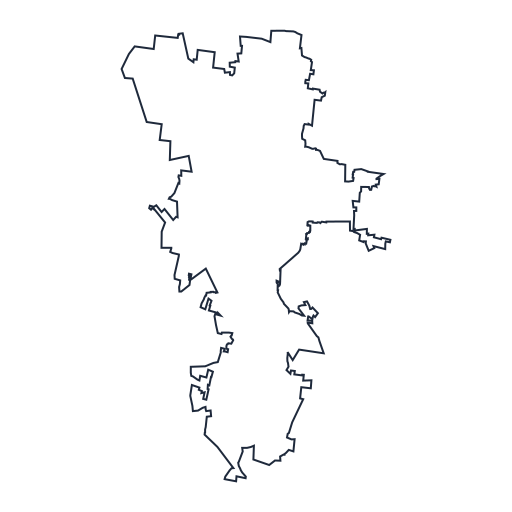 outline of Mérida, Yucatán, Mexico
{"feature_id": "50627088B46902848147083", "entity_name": "Mérida", "entity_type": "district", "adm_level": 2, "iso_a3": "MEX", "parent_name": "Mexico", "parent_adm1": "Yucatán", "projection": "natural_earth1", "projection_center": [-89.615, 20.944], "detail": "fine", "context": "isolated", "style": "outline", "palette": "slate", "viewbox_px": 512, "rotation_deg": 0, "n_neighbors": 0, "source": "geoboundaries", "source_scale": "gbopen_adm2", "svg_char_len": 6049}
<svg xmlns="http://www.w3.org/2000/svg" viewBox="0 0 512 512"><path d="M301.5,35.0L297.3,33.3L295.3,32.0L293.3,31.4L286.1,31.1L284.4,30.7L271.3,30.8L270.4,42.1L261.7,38.7L246.3,36.9L240.0,36.5L240.7,45.9L242.0,45.9L241.3,53.4L237.5,53.6L238.7,61.5L235.4,61.1L235.3,62.2L229.7,62.7L229.8,66.7L234.8,67.6L234.2,73.3L232.2,75.4L230.0,74.9L229.9,72.1L224.9,72.7L224.2,69.0L213.1,67.6L214.7,52.2L197.7,49.9L196.7,59.7L193.7,59.3L193.4,62.2L188.3,58.6L182.7,33.3L178.9,33.8L179.0,34.6L178.2,34.5L177.7,37.9L155.2,35.5L153.7,49.0L134.7,46.4L128.9,54.0L121.6,69.0L124.9,78.0L132.7,78.6L146.7,122.0L161.7,124.2L159.7,140.0L170.4,141.2L169.8,160.0L188.7,155.9L191.6,171.7L181.2,170.4L181.3,175.8L178.7,175.4L178.4,177.0L179.2,178.9L179.5,180.7L179.3,183.5L178.4,183.0L174.4,193.1L171.3,196.6L169.6,197.3L168.9,198.8L170.0,198.9L172.1,200.1L177.0,201.6L177.6,217.3L176.1,216.8L173.2,220.0L164.5,209.0L161.6,212.0L156.3,205.3L153.3,207.2L153.2,206.6L149.9,205.7L149.2,208.2L151.0,209.7L152.1,208.2L153.1,208.7L153.3,208.5L154.1,209.4L154.3,209.2L165.1,222.5L161.7,231.6L161.5,247.8L171.3,247.8L171.3,248.5L170.2,251.9L172.5,253.0L178.9,254.5L178.8,256.1L174.5,275.0L174.7,278.8L180.2,280.4L179.9,284.1L179.1,287.0L179.4,291.5L181.3,291.5L189.5,285.0L190.1,280.2L190.4,279.5L189.1,279.6L189.4,277.1L189.0,277.0L189.3,275.2L188.8,275.1L189.0,273.7L191.4,274.3L190.5,278.8L190.8,279.3L191.2,279.4L205.8,268.6L217.4,292.5L215.7,292.9L215.1,292.2L213.5,292.2L213.3,291.8L210.7,291.9L210.7,292.4L206.6,292.8L206.1,295.5L205.6,295.4L204.4,297.6L203.8,299.4L201.6,303.4L200.6,307.2L205.3,309.3L208.5,298.6L211.5,300.8L209.7,305.5L210.3,305.7L208.9,310.5L215.9,312.4L218.2,313.4L218.2,313.1L220.6,315.6L215.2,314.1L214.5,316.2L216.0,325.0L217.8,333.1L221.5,334.0L221.9,332.6L228.9,332.6L232.3,333.1L231.7,335.4L231.4,335.4L230.5,336.7L231.9,338.9L232.9,339.5L233.2,340.2L231.3,343.7L228.3,343.3L227.7,344.2L227.1,344.3L226.7,345.0L226.4,346.2L226.4,347.9L226.7,348.8L228.1,349.2L227.6,352.2L225.2,351.5L223.8,351.4L224.7,349.1L224.3,348.7L221.1,347.9L220.7,351.2L220.8,352.4L217.8,362.1L213.5,362.9L205.2,366.3L190.8,366.8L190.8,372.8L191.3,375.9L192.9,376.4L197.6,379.7L199.4,380.5L200.2,375.8L206.4,377.5L208.2,369.7L212.9,371.7L211.4,377.1L211.0,377.0L209.3,385.4L207.9,384.8L207.6,389.0L208.6,389.3L206.3,399.7L203.2,398.9L204.6,392.3L201.4,393.1L201.9,391.1L198.8,389.8L199.4,387.6L191.9,385.0L190.3,395.2L190.3,396.0L192.4,405.9L192.9,411.1L198.0,410.6L202.7,407.8L205.5,406.9L205.7,409.5L206.2,411.1L210.6,410.5L211.1,416.2L206.8,416.7L205.7,427.1L205.1,429.5L205.1,432.6L204.8,432.7L204.6,434.6L217.4,446.9L233.4,468.1L231.5,468.3L229.7,470.3L225.3,476.6L224.6,479.1L224.9,479.2L236.1,481.3L236.5,476.3L245.6,478.2L245.8,476.6L242.2,472.5L240.8,470.2L240.1,468.4L238.8,466.0L238.2,462.7L238.8,461.8L242.7,451.5L242.2,447.9L246.9,447.9L250.8,447.0L253.9,445.7L253.4,459.5L269.2,465.0L275.0,460.5L280.4,460.7L280.1,456.5L283.7,454.5L284.5,454.7L284.6,454.0L286.0,452.9L288.8,449.9L293.4,451.4L294.6,439.2L291.5,439.4L287.0,437.5L287.7,433.8L288.9,433.0L292.2,422.3L303.2,399.2L300.1,398.4L301.3,387.2L310.8,388.3L311.4,380.3L303.2,380.6L303.8,374.8L302.2,374.7L302.1,375.4L294.3,374.4L294.8,371.0L291.0,370.5L290.4,373.8L286.5,370.1L288.5,366.7L288.0,363.0L287.4,361.2L287.3,358.1L287.8,353.6L287.6,352.1L292.7,360.1L299.1,349.6L323.7,353.3L319.4,341.0L318.4,337.4L316.8,336.1L307.8,323.4L307.7,322.6L312.3,323.3L312.2,320.9L307.6,320.3L308.2,316.4L308.6,316.4L312.4,319.2L312.9,316.6L313.5,315.5L315.1,317.1L317.9,313.2L312.5,307.5L311.3,308.9L310.2,309.0L309.3,305.6L307.0,301.4L303.9,302.1L305.4,305.1L301.4,305.4L298.7,306.4L298.5,308.4L304.1,315.7L301.9,315.5L299.4,314.0L294.7,312.4L293.6,311.4L289.6,311.2L289.0,312.1L288.7,309.3L288.3,308.4L283.9,303.8L283.5,302.4L280.8,298.8L277.7,292.4L278.1,290.2L277.6,290.1L277.7,284.8L278.8,286.1L279.5,285.5L279.2,284.9L280.0,284.2L280.1,282.4L276.9,283.0L276.6,282.5L276.6,280.7L280.1,282.2L280.6,269.1L279.8,269.8L279.7,269.0L298.3,252.7L299.8,250.6L300.3,249.2L301.2,243.7L303.2,244.6L303.3,243.8L304.8,244.4L305.0,243.3L306.2,243.6L306.7,240.9L306.4,240.9L306.3,239.7L307.8,239.4L307.8,238.3L305.9,238.7L306.3,234.8L306.1,234.1L307.0,233.9L307.0,233.2L309.1,232.8L309.1,231.9L310.0,231.9L310.1,230.3L310.3,230.3L310.3,225.6L309.3,225.3L309.1,225.7L308.0,225.7L308.0,225.0L307.4,225.1L307.6,222.1L308.9,221.4L312.0,221.4L312.7,221.5L312.7,222.6L316.5,222.9L317.5,222.7L317.6,222.3L319.6,222.4L320.3,223.1L321.8,221.7L326.3,222.4L326.4,221.6L349.9,221.5L350.0,230.6L353.1,231.1L354.0,232.0L357.2,233.1L360.1,234.8L359.2,240.4L363.4,242.0L363.5,241.3L365.9,241.4L365.7,243.4L368.7,250.8L374.3,248.1L373.5,246.1L385.2,249.1L385.3,243.7L385.8,241.4L389.9,242.3L390.4,239.8L381.5,237.7L381.1,239.2L373.9,237.3L374.4,234.7L368.2,235.3L368.3,233.6L366.8,233.8L366.9,228.9L354.6,230.5L354.7,228.9L353.5,229.0L354.2,215.2L354.0,211.0L356.3,210.9L356.3,207.4L353.4,207.4L352.7,200.9L359.2,201.6L359.8,192.8L361.1,191.4L361.2,186.9L368.9,187.0L369.1,188.4L370.0,189.9L371.2,189.8L371.9,186.5L373.8,185.9L374.3,186.3L375.2,186.1L376.4,186.7L375.8,184.6L378.7,184.3L379.4,178.9L376.5,179.1L376.5,178.6L380.7,175.7L383.6,174.0L368.0,171.8L368.1,171.5L361.3,169.1L354.5,169.8L354.2,171.8L353.2,171.8L352.7,174.4L353.1,174.5L352.6,177.7L353.6,178.0L353.1,180.9L348.5,181.6L345.1,181.4L345.3,164.8L341.6,164.1L339.8,164.3L337.4,162.9L337.5,160.9L323.8,158.9L320.0,150.9L317.4,149.9L316.0,149.9L316.0,148.6L315.3,148.3L313.3,148.8L312.2,148.8L308.6,147.2L306.0,146.6L305.2,146.7L305.5,143.7L305.2,140.3L302.2,138.8L302.0,136.1L302.0,133.8L303.5,128.4L303.7,125.9L304.6,124.1L308.7,124.6L308.7,123.9L312.0,125.7L314.6,99.8L321.0,100.6L321.7,97.2L324.8,95.7L325.3,92.1L324.5,92.7L323.5,92.7L322.5,93.5L320.0,91.7L319.6,89.7L312.9,88.6L312.8,89.4L307.8,88.3L308.3,83.4L305.3,83.2L305.3,81.8L305.7,79.8L308.9,80.2L310.1,73.8L313.4,74.3L313.9,70.3L310.8,70.1L312.0,62.1L310.9,61.2L311.2,59.8L309.5,58.7L308.7,58.6L305.9,57.4L304.6,57.1L302.0,55.5L301.4,48.0L299.9,48.3L301.5,35.0Z" fill="none" stroke="#1e293b" stroke-width="2"/></svg>